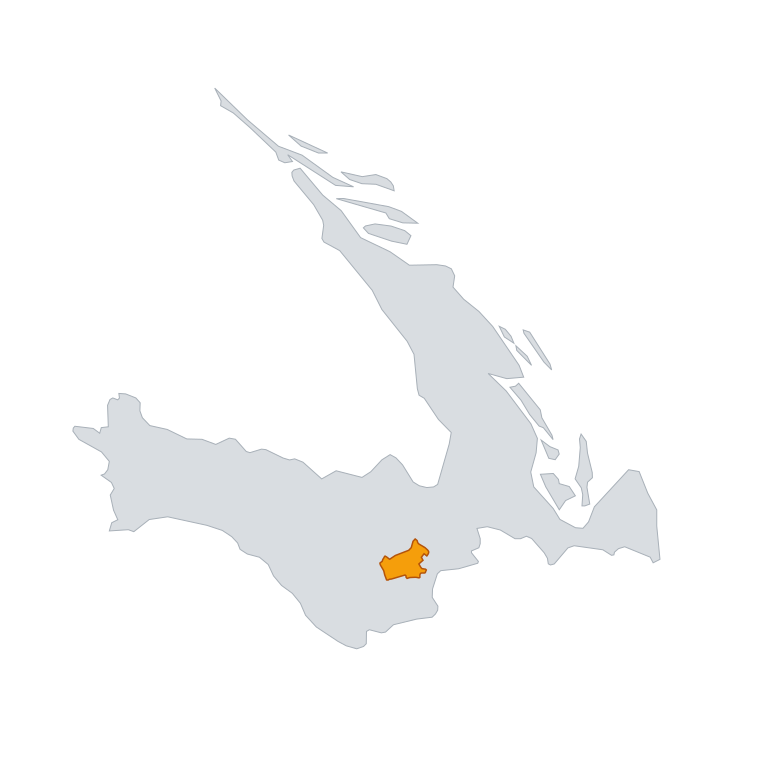 Grad Zagreb highlighted on a map of Croatia, rotated 189°
{"feature_id": "HRV-1589", "entity_name": "Grad Zagreb", "entity_type": "City", "adm_level": 1, "iso_a3": "HRV", "parent_name": "Croatia", "parent_adm1": "", "projection": "natural_earth1", "projection_center": [15.947, 45.796], "detail": "fine", "context": "in_parent", "style": "filled", "palette": "amber", "viewbox_px": 768, "rotation_deg": 189, "n_neighbors": 0, "source": "natural_earth", "source_scale": "10m", "svg_char_len": 4787}
<svg xmlns="http://www.w3.org/2000/svg" viewBox="0 0 768 768"><g transform="rotate(189 384 384)"><path d="M90.2,249.5L94.0,254.6L120.8,260.9L126.6,258.1L130.1,253.9L130.2,251.2L132.5,250.4L141.9,254.5L170.9,254.0L176.7,250.9L187.7,232.9L191.3,231.3L193.6,232.1L195.3,237.4L199.4,242.4L214.0,254.5L219.5,255.9L224.9,252.6L230.4,251.7L246.3,258.0L259.7,259.2L269.6,255.9L264.8,246.3L264.0,241.3L264.7,237.1L271.5,232.8L271.2,231.0L263.0,223.5L263.4,221.6L281.4,213.2L298.8,208.5L301.6,204.9L304.0,189.2L303.0,180.8L296.0,173.0L295.6,169.0L297.2,164.9L300.0,161.2L315.0,156.9L337.0,147.7L343.7,139.2L347.7,137.8L360.0,139.0L362.6,136.9L360.9,124.7L363.1,121.6L369.5,118.2L380.3,119.5L389.2,122.6L412.8,133.4L425.3,143.3L432.3,154.4L441.8,162.9L453.7,169.0L463.1,177.2L470.1,187.6L479.9,193.4L492.4,194.7L500.3,198.2L503.7,204.1L510.5,209.4L520.8,214.1L536.8,216.7L576.9,219.0L594.7,213.4L608.0,199.0L613.7,200.1L632.3,195.9L631.2,204.4L625.7,208.3L631.4,217.1L637.0,231.5L634.1,238.6L637.8,244.1L649.1,249.7L646.0,251.4L643.4,256.1L643.2,264.6L652.4,272.7L676.7,281.6L683.9,288.8L684.0,291.8L682.7,293.9L664.2,294.6L657.1,290.9L656.4,296.7L649.6,298.6L653.7,319.7L652.2,325.8L649.7,327.8L644.5,326.7L643.1,328.7L644.4,333.2L637.6,333.8L626.9,331.4L621.9,327.3L620.9,319.3L617.4,312.9L608.8,306.3L591.0,305.2L570.2,298.9L555.1,300.9L540.7,298.0L528.4,306.3L522.1,306.2L509.5,295.8L505.7,295.2L494.8,300.5L490.4,300.7L472.1,295.1L465.4,294.2L460.5,296.1L451.8,294.1L430.7,280.5L417.7,290.8L391.1,288.3L383.3,295.3L374.2,308.8L366.9,315.2L360.6,312.9L353.0,307.0L339.9,291.8L333.2,289.0L325.6,288.4L318.9,290.1L315.3,293.2L310.2,334.9L310.0,346.6L324.7,357.5L342.0,376.2L347.6,378.4L350.3,384.5L359.0,418.0L367.8,429.8L397.7,457.2L410.3,474.7L448.6,508.8L465.5,514.8L468.1,518.0L468.4,531.2L470.2,536.2L481.5,550.1L504.6,570.4L507.3,575.1L508.1,578.6L506.6,581.2L500.6,584.0L474.1,561.0L453.4,548.5L430.0,524.9L398.8,515.6L377.5,505.3L350.5,510.1L341.7,510.2L335.5,508.3L331.1,501.9L331.0,490.5L318.6,480.2L301.6,470.5L285.6,457.8L253.5,423.6L247.1,412.6L263.6,408.5L282.8,410.7L262.2,396.2L232.7,367.7L224.0,354.3L223.0,339.8L225.3,320.0L220.0,305.8L197.4,287.5L189.1,277.8L172.4,272.0L164.9,272.6L160.4,279.8L157.0,295.6L129.0,337.6L118.3,337.4L106.4,317.4L94.9,302.3L92.4,286.4L84.0,254.0L90.2,249.5ZM588.9,633.3L589.2,638.1L597.5,649.8L560.3,623.6L525.4,602.3L500.7,597.2L466.9,580.1L444.9,574.0L462.9,572.6L515.0,595.4L509.2,589.4L516.6,587.0L523.0,588.7L527.1,596.1L556.5,616.3L575.2,628.1L588.9,633.3ZM182.3,360.3L181.5,365.4L175.3,359.0L172.2,347.6L164.5,329.2L163.5,324.0L167.6,318.9L167.4,313.7L162.0,297.6L166.6,295.0L169.4,294.6L170.4,305.8L172.9,312.3L180.4,320.2L178.8,333.2L180.2,351.9L182.3,360.3ZM215.4,319.3L202.8,322.1L196.8,317.1L195.3,313.0L185.0,311.7L177.5,303.5L186.4,297.3L191.2,287.2L208.2,307.8L215.4,319.3ZM417.9,540.7L401.7,541.1L387.5,538.7L380.6,534.7L383.2,525.6L399.0,526.3L422.9,530.3L428.8,535.0L427.0,537.2L417.9,540.7ZM460.1,559.6L452.9,560.9L407.1,559.9L393.7,557.2L375.8,548.1L390.7,546.1L404.6,548.1L408.9,553.2L460.1,559.6ZM253.8,402.4L251.1,405.8L225.6,382.9L222.8,375.3L210.1,359.7L208.3,355.5L219.8,365.8L224.2,366.7L235.3,376.6L246.1,389.4L259.1,400.5L253.8,402.4ZM404.2,576.4L423.2,580.0L437.2,578.4L449.9,580.6L459.7,586.8L437.9,585.4L424.8,589.6L413.3,587.3L408.9,584.6L405.8,581.2L404.2,576.4ZM253.7,456.0L255.0,459.2L248.2,458.0L223.2,429.7L220.6,424.1L229.5,430.7L253.7,456.0ZM209.6,336.4L220.0,353.2L210.4,348.1L201.8,346.1L200.0,342.2L203.1,336.0L209.6,336.4ZM503.1,606.0L517.2,615.0L475.8,603.3L484.9,601.9L503.1,606.0ZM272.5,449.3L279.2,459.0L272.7,457.0L266.0,451.0L262.1,444.6L272.5,449.3ZM258.1,437.9L259.7,442.4L246.9,433.8L241.2,425.5L258.1,437.9Z" fill="#d9dde1" stroke="#a8b0b8" stroke-width="1"/><path d="M333.4,198.6L346.2,192.5L348.1,192.0L349.3,191.0L350.8,190.9L353.5,195.7L354.9,199.2L355.5,200.1L359.2,204.6L359.8,205.8L360.0,206.5L359.8,206.8L358.2,208.4L358.0,208.7L358.0,209.0L357.8,210.2L357.5,211.1L356.8,212.6L356.5,213.7L356.3,214.0L356.0,214.2L354.2,213.5L351.3,211.9L351.0,211.8L346.0,216.4L333.6,223.6L331.5,226.6L330.7,233.2L329.0,235.8L327.2,234.8L326.7,234.4L326.4,233.8L326.2,233.2L325.9,232.7L325.5,232.2L324.9,231.7L324.2,231.3L317.9,228.8L315.0,226.9L314.3,226.2L313.9,225.8L313.7,225.5L313.6,225.1L313.5,224.5L313.6,223.8L314.0,222.5L314.8,220.9L317.9,222.6L320.0,218.7L317.9,216.0L320.3,213.1L321.4,211.7L318.9,208.6L317.6,207.6L314.0,207.6L313.4,207.2L313.1,206.9L313.6,205.0L313.6,204.6L313.7,204.2L314.0,203.9L314.7,203.6L317.3,203.2L318.1,202.8L318.6,201.9L318.7,201.0L318.6,200.1L318.4,199.3L318.3,198.7L318.7,198.2L319.5,198.0L321.4,198.1L322.9,198.0L328.2,196.9L330.8,195.6L331.9,196.5L332.1,196.9L332.1,197.6L332.4,198.1L333.4,198.6Z" fill="#f59e0b" stroke="#b45309" stroke-width="1.5"/></g></svg>